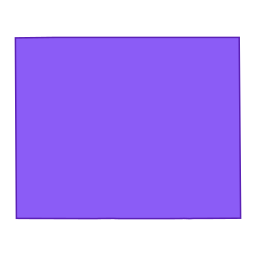 Furnas, Nebraska, United States of America
{"feature_id": "52423323B60965561562081", "entity_name": "Furnas", "entity_type": "district", "adm_level": 2, "iso_a3": "USA", "parent_name": "United States of America", "parent_adm1": "Nebraska", "projection": "orthographic", "projection_center": [-99.891, 40.176], "detail": "fine", "context": "isolated", "style": "filled", "palette": "violet", "viewbox_px": 256, "rotation_deg": 0, "n_neighbors": 0, "source": "geoboundaries", "source_scale": "gbopen_adm2", "svg_char_len": 420}
<svg xmlns="http://www.w3.org/2000/svg" viewBox="0 0 256 256"><path d="M240.6,218.2L239.2,37.4L234.6,37.4L56.0,37.4L15.4,37.9L16.4,218.3L17.7,218.3L18.6,218.4L22.7,218.4L96.8,218.6L98.5,218.5L113.8,218.4L115.2,218.5L120.8,218.6L130.2,218.6L167.2,218.6L182.2,218.5L183.6,218.4L186.7,218.5L189.6,218.6L193.7,218.4L199.5,218.4L204.4,218.4L240.6,218.2L240.6,218.2Z" fill="#8b5cf6" stroke="#5b21b6" stroke-width="1.5"/></svg>